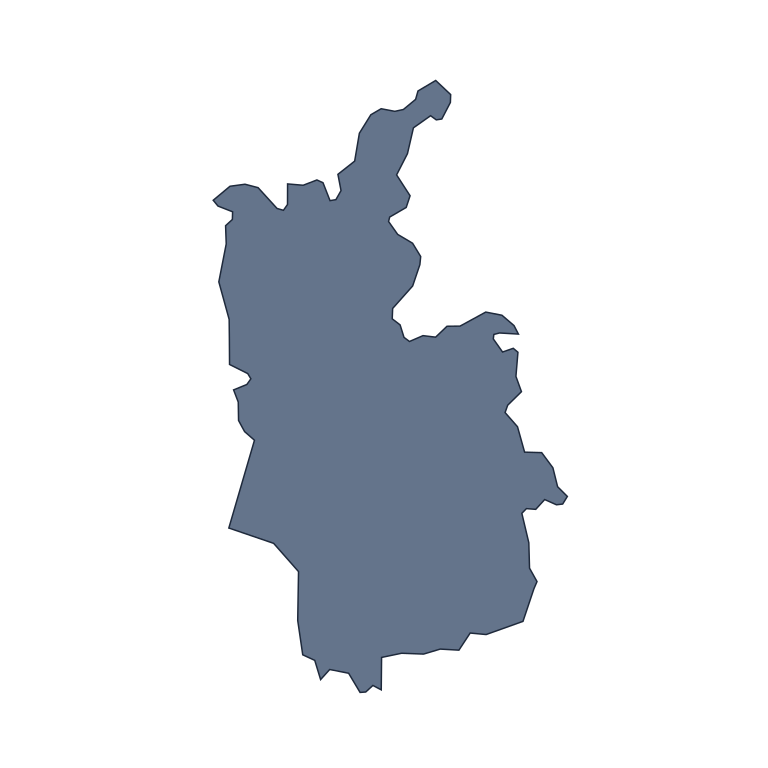 map outline of Hertfordshire (Equal Earth projection), rotated 100°
{"feature_id": "GBR-2042", "entity_name": "Hertfordshire", "entity_type": "Administrative County", "adm_level": 1, "iso_a3": "GBR", "parent_name": "United Kingdom", "parent_adm1": "", "projection": "equal_earth", "projection_center": [-0.306, 51.83], "detail": "fine", "context": "isolated", "style": "filled", "palette": "slate", "viewbox_px": 768, "rotation_deg": 100, "n_neighbors": 0, "source": "natural_earth", "source_scale": "10m", "svg_char_len": 1642}
<svg xmlns="http://www.w3.org/2000/svg" viewBox="0 0 768 768"><g transform="rotate(100 384 384)"><path d="M552.8,511.8L461.9,501.8L455.1,513.0L450.5,516.7L445.2,520.9L427.1,524.4L415.9,531.1L408.3,519.0L402.0,516.0L397.4,520.0L391.6,539.5L365.4,544.3L347.3,547.7L312.1,564.4L294.9,564.1L273.5,563.7L255.6,567.5L248.3,561.9L240.7,563.0L237.6,578.4L232.7,584.1L216.0,570.0L211.4,555.6L212.5,542.1L229.7,519.8L230.4,513.2L224.0,510.2L203.7,513.7L202.3,498.1L194.7,485.5L196.4,479.0L212.8,469.0L210.8,463.4L201.0,459.9L185.5,465.8L169.6,451.6L141.3,451.8L121.1,443.7L113.4,434.6L113.6,420.7L110.3,412.6L98.2,402.3L89.5,401.4L76.1,385.8L87.4,368.6L95.2,367.5L113.0,373.1L114.8,378.4L111.7,384.7L126.6,399.5L153.1,400.9L175.9,407.9L194.1,391.0L206.3,392.8L218.6,407.4L223.2,407.7L234.3,396.5L240.4,380.3L252.1,370.0L260.0,369.4L260.3,369.4L282.5,372.8L308.1,388.6L318.4,387.2L323.0,378.4L334.6,372.4L337.7,366.3L329.6,354.0L328.9,341.3L316.2,332.0L313.8,319.2L304.7,307.8L295.5,296.3L295.8,279.8L303.9,266.1L311.5,260.3L313.7,279.1L316.1,284.4L320.6,284.2L331.9,272.8L326.4,262.9L329.5,257.6L353.6,255.4L367.7,247.3L383.4,258.5L391.1,259.8L402.9,245.1L426.7,233.7L424.2,216.8L437.2,203.1L455.0,195.2L462.9,183.9L471.2,187.2L473.0,193.2L469.9,205.7L481.1,212.8L482.0,222.1L487.4,225.8L515.2,213.8L540.1,208.7L552.0,199.0L559.6,200.8L593.6,205.9L613.0,239.9L614.3,255.9L633.1,264.0L635.3,282.6L643.1,298.1L646.1,319.9L653.7,338.9L685.7,333.6L682.8,342.6L690.5,348.5L691.9,354.0L675.0,368.6L674.6,387.9L686.1,395.1L668.2,404.2L664.8,417.0L631.9,427.9L583.6,435.6L560.1,465.0L552.8,511.8Z" fill="#64748b" stroke="#1e293b" stroke-width="1.5"/></g></svg>